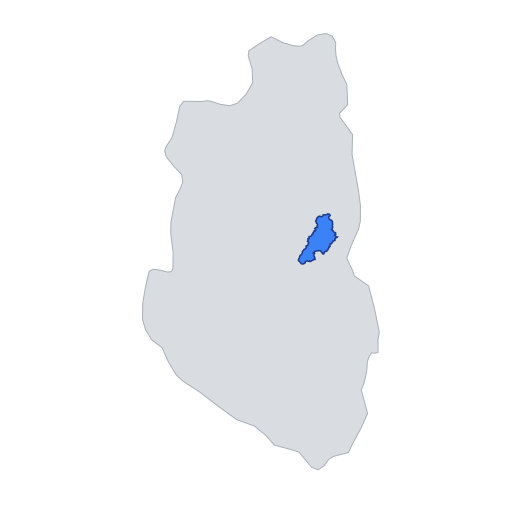 Jigmichhoeling, Geylegphug, Bhutan shown in context, rotated 266°
{"feature_id": "84629894B47212795309211", "entity_name": "Jigmichhoeling", "entity_type": "district", "adm_level": 2, "iso_a3": "BTN", "parent_name": "Bhutan", "parent_adm1": "Geylegphug", "projection": "orthographic", "projection_center": [90.525, 27.083], "detail": "fine", "context": "in_parent", "style": "filled", "palette": "blue", "viewbox_px": 512, "rotation_deg": 266, "n_neighbors": 0, "source": "geoboundaries", "source_scale": "gbopen_adm2", "svg_char_len": 6674}
<svg xmlns="http://www.w3.org/2000/svg" viewBox="0 0 512 512"><g transform="rotate(266 256 256)"><path d="M414.3,218.5L413.5,221.8L409.9,230.7L407.7,240.3L409.7,248.1L418.0,257.4L429.1,264.8L443.2,265.2L456.1,262.2L461.3,263.3L468.5,275.8L473.6,286.5L466.9,297.8L463.3,307.6L462.1,314.6L462.9,317.6L467.2,323.2L472.2,332.7L473.0,341.5L470.0,347.4L463.3,350.4L456.2,349.7L450.3,349.8L442.9,350.9L431.4,354.3L420.7,358.6L400.6,358.0L392.5,349.4L388.7,349.4L370.4,360.8L350.5,358.9L314.1,362.8L299.0,363.7L283.4,362.5L275.5,360.1L260.8,352.2L247.6,346.4L234.0,351.6L229.3,352.6L218.4,366.2L194.9,370.6L171.4,373.7L164.5,371.9L151.3,371.0L150.8,367.8L151.3,364.7L148.3,362.2L142.9,359.7L133.7,358.5L121.9,355.0L115.2,351.7L91.1,356.3L77.2,348.9L61.4,338.9L53.5,334.5L50.7,319.3L48.0,314.3L41.8,309.1L38.4,303.0L41.3,296.8L57.2,285.4L58.5,282.7L66.1,261.1L76.3,253.4L86.4,242.6L94.1,225.3L108.9,207.6L125.0,189.4L136.1,174.6L143.4,167.8L158.4,160.4L170.9,156.1L179.6,146.2L190.1,140.7L200.8,138.3L216.7,139.7L231.7,143.3L248.1,148.3L250.0,152.3L248.6,159.4L246.2,166.5L246.2,170.2L248.7,172.2L264.8,173.6L284.5,172.5L295.6,173.5L320.2,180.0L327.5,184.7L335.0,188.2L342.4,187.6L351.7,179.9L361.4,173.3L367.5,172.2L371.9,174.3L379.8,180.4L396.1,186.2L410.6,190.4L415.4,194.6L413.9,212.5L414.3,218.5Z" fill="#d9dde1" stroke="#a8b0b8" stroke-width="1"/><path d="M245.2,303.9L245.9,304.6L246.5,304.7L246.8,304.7L247.1,304.9L247.0,305.2L247.1,305.5L247.4,306.5L247.7,307.1L247.5,307.3L247.2,307.6L247.0,308.2L247.0,308.8L247.1,309.0L246.8,309.1L246.7,309.3L246.7,309.5L246.9,309.7L246.9,309.9L246.8,310.3L247.0,310.6L247.3,310.8L247.5,311.4L247.6,311.8L248.0,312.7L248.1,312.9L248.5,313.1L248.6,313.3L248.6,313.6L248.3,314.4L248.3,314.6L248.7,314.8L248.9,314.7L249.7,314.5L250.0,314.2L250.7,314.5L251.0,314.4L251.3,314.2L251.6,313.9L252.3,313.8L253.5,313.9L254.0,314.1L254.2,314.3L254.4,314.7L254.5,314.7L254.8,314.4L255.1,314.0L255.2,313.4L255.4,313.6L255.5,314.1L255.7,314.4L255.8,314.6L256.1,314.9L256.3,315.0L256.6,315.2L256.8,315.3L256.8,315.6L256.7,316.2L256.7,316.6L256.7,316.8L256.8,317.0L256.9,317.3L256.9,317.7L256.9,318.2L256.8,318.5L257.1,319.0L256.9,319.6L256.9,320.1L256.8,320.3L256.4,320.8L256.3,321.3L255.2,321.6L254.8,321.9L254.7,322.1L254.3,322.2L253.9,322.4L253.8,322.5L253.8,322.8L253.6,322.8L253.5,323.0L253.2,323.2L253.2,323.3L253.3,323.7L253.6,323.7L253.8,323.8L253.9,324.0L254.4,324.3L255.2,324.7L255.4,324.7L255.8,325.4L255.8,325.6L255.6,326.0L255.7,326.5L255.9,326.8L256.0,327.1L256.3,327.2L256.5,327.4L256.9,327.5L257.0,327.6L257.0,327.9L257.1,328.1L257.4,328.4L257.5,328.4L257.8,328.3L258.0,328.5L258.3,328.6L258.5,328.8L258.7,329.0L259.0,329.0L259.3,329.2L259.4,329.5L259.6,329.7L259.9,329.5L260.0,329.5L260.0,329.9L260.1,330.1L260.2,330.3L260.5,330.6L260.9,330.5L261.1,330.4L261.7,330.5L262.2,330.5L262.7,330.6L262.9,330.8L262.9,331.0L262.8,331.4L263.0,331.8L262.9,332.0L263.0,332.2L263.2,332.3L263.4,332.3L263.5,332.3L263.8,332.7L264.1,332.8L264.3,333.2L264.5,333.3L264.6,333.5L265.2,333.9L265.5,333.9L265.7,334.1L265.8,334.6L265.8,335.2L266.0,335.8L266.2,336.0L266.4,336.1L266.7,336.1L266.9,335.9L267.0,335.7L267.4,335.8L268.0,335.9L268.0,336.0L268.1,336.4L268.2,336.5L268.4,336.7L268.5,336.8L268.6,337.1L268.7,337.3L268.7,337.8L268.9,338.1L269.1,338.3L269.1,338.1L269.4,337.9L269.7,337.8L269.8,337.6L269.9,337.2L270.0,337.1L270.3,336.8L270.8,336.6L270.9,336.4L271.0,336.3L271.2,336.2L271.3,336.1L271.4,335.9L271.5,335.8L272.1,336.4L272.1,336.7L272.2,337.1L272.4,337.1L272.5,337.1L272.8,337.0L273.0,337.0L273.3,337.1L273.6,336.9L273.8,336.7L273.9,336.1L274.1,335.8L274.6,335.3L274.8,335.2L275.1,335.2L275.3,335.1L275.5,334.8L275.7,334.6L275.8,334.4L276.2,334.3L276.5,334.1L276.7,333.7L276.8,333.2L277.1,333.0L277.8,333.7L278.0,334.0L279.2,334.3L279.3,334.4L279.5,334.6L279.9,334.5L280.5,334.3L280.9,334.2L281.8,334.4L282.1,334.7L282.3,334.7L283.1,334.7L283.5,334.5L283.8,334.6L284.1,334.7L284.9,334.7L285.3,334.5L285.7,334.2L285.9,334.2L286.4,333.8L286.4,333.7L286.4,333.4L286.5,333.3L286.7,333.1L286.8,332.6L287.3,332.2L287.6,332.0L287.9,331.5L288.3,331.5L288.8,331.3L289.5,331.2L289.9,331.3L290.2,331.7L290.5,331.8L290.8,332.4L291.0,332.6L291.2,332.8L291.5,332.9L291.7,332.7L291.8,332.5L291.9,332.4L292.2,332.2L292.7,331.9L292.7,331.7L292.9,331.0L293.0,330.8L292.9,330.3L292.9,330.2L292.7,330.2L292.6,329.9L292.3,329.1L292.2,328.6L292.2,327.9L292.2,327.4L292.2,327.2L292.5,325.9L292.4,325.8L291.9,325.8L291.4,325.6L290.9,325.2L290.8,324.7L290.6,324.3L290.7,323.9L290.8,323.6L290.8,323.3L290.8,323.1L291.1,322.9L291.1,322.7L291.3,322.5L291.2,322.2L291.1,321.9L291.2,321.6L291.2,321.4L291.0,321.1L290.7,320.9L290.7,320.6L290.3,320.4L290.1,320.2L290.0,319.8L289.8,319.7L289.7,319.5L289.5,319.4L289.1,319.1L288.8,318.9L288.6,319.0L288.2,319.1L287.9,318.9L287.7,318.9L287.5,318.6L287.2,318.2L286.8,317.9L286.5,318.0L286.2,318.2L285.7,318.3L285.5,318.5L285.2,318.6L284.5,318.6L284.2,319.0L283.9,319.3L283.6,319.5L283.1,319.6L282.8,319.5L282.4,319.5L282.3,319.4L282.2,319.3L282.0,319.2L281.7,318.9L281.4,319.0L281.1,319.0L280.8,319.0L280.6,319.1L280.5,319.3L280.4,319.3L280.5,318.7L280.3,318.4L280.1,317.8L280.0,317.1L279.8,317.0L279.6,317.0L279.4,316.8L279.4,316.7L279.2,316.5L278.8,316.9L278.4,317.1L278.2,317.2L277.8,317.3L277.6,317.4L277.4,317.4L277.2,316.9L277.0,316.7L276.8,316.4L276.9,316.2L277.2,316.0L277.2,315.9L276.8,315.7L276.3,315.6L276.2,315.6L276.0,315.2L275.6,315.0L275.6,314.7L275.1,314.5L274.8,314.6L274.2,314.7L274.1,314.1L274.0,313.7L273.8,313.6L273.4,313.2L272.8,313.2L272.4,312.7L272.1,312.5L271.8,311.7L271.8,311.3L271.7,311.0L271.7,310.3L271.5,310.2L271.4,310.2L270.9,310.3L270.5,310.1L269.8,310.1L269.4,309.7L269.2,309.3L269.4,309.0L268.5,308.9L267.7,309.1L267.3,308.6L267.1,308.4L266.9,308.7L266.7,309.0L266.3,309.1L265.9,309.2L265.5,309.3L265.4,309.5L265.2,309.3L264.5,308.9L264.4,308.8L264.3,308.7L264.0,308.8L263.8,308.8L263.1,308.5L262.7,307.8L262.6,307.5L262.8,307.0L262.7,306.8L262.4,306.6L262.2,306.6L261.7,306.7L260.9,306.7L260.3,306.2L260.2,305.9L259.6,305.5L259.5,305.3L259.3,304.8L259.2,304.4L258.9,304.0L258.6,303.9L258.2,303.8L258.0,303.4L257.7,303.0L257.3,302.6L257.1,302.5L256.8,302.5L256.2,302.4L255.9,302.4L255.5,302.2L254.8,301.7L254.5,301.7L254.3,301.4L254.1,301.0L253.7,300.6L253.6,300.3L253.5,300.1L253.4,300.0L253.1,299.8L252.6,299.7L252.4,299.5L251.8,299.4L251.5,299.3L251.1,299.1L250.7,298.8L250.2,298.6L250.0,298.4L249.6,298.3L249.4,298.1L248.9,298.0L248.5,298.0L248.1,298.3L247.9,298.7L247.8,298.8L247.5,299.0L247.3,299.1L246.9,299.4L246.7,299.6L246.3,300.0L245.4,300.4L245.0,300.9L244.8,301.5L244.8,302.1L244.8,302.6L245.2,303.5L245.2,303.9Z" fill="#3b82f6" stroke="#1e3a8a" stroke-width="1.5"/></g></svg>